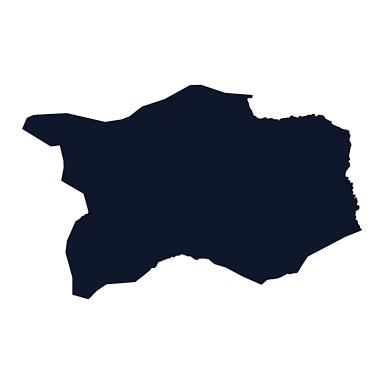 the district of Erdenebu'ren, Hovd, Mongolia
{"feature_id": "93677404B52597383126449", "entity_name": "Erdenebu'ren", "entity_type": "district", "adm_level": 2, "iso_a3": "MNG", "parent_name": "Mongolia", "parent_adm1": "Hovd", "projection": "natural_earth1", "projection_center": [91.409, 48.452], "detail": "fine", "context": "isolated", "style": "filled", "palette": "ink", "viewbox_px": 384, "rotation_deg": 0, "n_neighbors": 0, "source": "geoboundaries", "source_scale": "gbopen_adm2", "svg_char_len": 6018}
<svg xmlns="http://www.w3.org/2000/svg" viewBox="0 0 384 384"><path d="M33.5,115.8L27.5,118.4L23.0,128.6L51.0,145.7L60.4,144.5L64.2,160.8L64.4,167.7L62.0,180.3L84.2,193.2L89.4,212.3L88.9,212.8L88.4,213.8L87.8,214.3L87.0,214.7L85.9,214.8L85.5,214.9L85.2,215.4L85.0,216.1L84.7,216.2L84.4,216.3L83.8,216.3L83.4,216.4L83.1,216.6L82.4,217.0L81.9,217.1L81.8,217.4L81.2,218.2L81.0,218.8L80.7,219.1L80.2,219.2L80.2,219.5L79.6,219.8L78.6,220.2L78.3,220.4L78.1,220.7L77.7,221.0L76.2,221.6L67.7,240.9L66.2,252.4L73.1,277.4L73.1,294.1L88.3,298.4L96.7,290.0L106.2,283.6L135.1,281.3L136.6,279.9L143.9,274.4L148.9,270.2L149.8,269.4L150.1,269.0L150.3,268.4L150.8,267.9L151.8,267.2L152.1,267.1L152.7,267.2L154.2,267.2L154.6,267.1L155.0,266.8L155.4,266.0L156.1,265.5L156.7,263.5L157.5,262.4L158.0,261.5L158.8,260.9L159.8,261.0L161.1,260.6L161.7,260.1L162.2,259.6L162.5,259.6L163.2,259.6L163.7,259.6L164.7,258.8L165.1,258.7L165.5,258.7L166.0,258.6L166.7,258.3L167.6,257.7L168.2,257.7L169.2,257.8L169.8,257.5L170.2,257.3L170.8,256.3L171.4,255.9L172.1,255.9L173.2,256.5L173.6,256.6L174.5,256.1L175.4,255.4L176.8,254.9L177.9,254.8L178.7,254.9L179.2,254.8L179.6,254.5L179.9,254.1L180.9,253.9L181.9,253.3L182.5,253.3L183.1,253.7L183.5,254.1L184.1,254.1L186.8,255.2L187.8,255.6L188.4,255.6L190.0,255.5L190.5,255.6L191.3,256.0L195.3,258.9L196.3,259.2L196.7,259.2L197.6,259.0L198.5,258.5L199.3,257.7L199.7,257.6L200.3,257.6L200.7,257.9L201.4,258.0L202.0,257.9L202.6,257.7L203.6,257.6L204.6,257.8L205.9,258.2L207.3,258.2L208.3,258.0L208.9,258.5L209.9,259.4L214.7,263.4L226.1,266.8L242.5,275.6L261.3,283.9L262.8,282.7L263.6,282.1L264.1,281.6L265.3,280.5L266.5,279.6L267.2,279.2L268.1,278.9L269.8,278.7L270.7,278.5L273.4,278.4L274.1,278.3L277.6,277.6L281.2,276.3L282.0,275.7L282.6,275.4L284.9,274.3L286.8,273.0L287.3,272.9L289.0,273.3L290.2,273.4L291.9,273.0L293.7,272.5L294.5,272.4L296.7,272.3L297.3,271.7L298.2,270.4L299.5,268.0L303.8,261.2L307.4,255.9L345.9,235.7L352.8,233.1L361.0,229.7L360.7,229.4L360.1,228.9L359.7,228.5L359.5,227.9L359.3,227.0L359.1,226.2L358.7,225.6L357.4,224.1L357.1,223.4L357.1,221.7L356.2,220.7L355.2,220.0L354.8,219.4L354.8,218.5L355.4,217.4L355.4,216.7L354.8,215.6L354.5,214.5L354.7,213.8L355.1,213.0L354.8,211.3L354.8,210.8L355.3,210.4L356.3,210.0L357.2,209.6L358.0,209.0L358.7,208.1L358.9,207.3L358.7,206.8L358.4,206.5L358.3,206.0L357.9,205.8L356.5,206.4L356.0,206.3L355.9,205.4L356.0,204.6L356.8,202.1L356.8,200.5L356.0,199.3L356.1,198.4L355.8,198.2L355.6,198.2L355.0,199.0L354.7,199.2L353.9,199.2L353.6,198.9L353.4,198.6L353.3,198.1L353.3,197.5L353.4,197.2L353.7,197.0L354.3,196.8L354.6,196.4L354.7,195.8L354.7,195.4L354.3,195.2L353.8,195.2L353.2,195.2L352.5,195.2L352.1,194.8L351.8,194.3L351.9,193.8L352.3,193.0L352.6,192.2L352.5,191.6L351.2,190.8L350.8,190.3L350.9,189.8L351.6,189.5L352.3,188.7L352.6,187.8L352.6,187.3L351.7,186.7L351.5,186.3L351.5,185.8L352.1,184.5L352.3,183.8L352.0,183.4L351.1,183.3L350.1,183.5L349.0,184.0L347.9,184.1L347.2,183.9L346.8,183.5L346.9,183.2L348.1,183.2L348.7,182.8L349.4,182.0L349.5,181.4L349.2,180.9L348.6,180.6L346.8,181.1L346.5,181.0L346.1,180.5L346.1,179.9L347.5,179.0L347.8,178.4L347.7,177.8L347.1,177.5L346.1,177.5L345.3,177.4L344.9,176.9L344.6,176.5L344.7,175.9L344.9,174.9L344.7,174.0L345.2,172.5L345.2,171.1L345.8,170.8L346.0,170.5L346.0,169.8L346.1,169.4L347.4,168.7L347.5,168.1L347.7,167.5L348.4,167.0L349.0,166.6L349.3,165.0L349.3,163.9L348.8,163.0L347.8,161.8L347.6,160.8L348.0,160.4L348.9,159.9L349.3,159.4L349.3,158.9L348.9,157.9L348.4,157.5L348.4,156.1L348.5,153.9L349.1,152.0L349.3,150.8L349.4,149.4L349.9,148.2L349.9,147.8L349.6,147.1L349.8,146.6L350.2,146.2L350.5,145.8L350.6,145.4L350.8,145.1L350.4,144.5L350.3,143.5L350.2,143.1L348.8,141.3L348.7,140.8L348.6,140.5L348.8,139.9L349.0,139.6L349.0,139.2L348.8,138.9L348.5,138.6L348.3,138.2L348.4,137.9L349.1,137.4L349.5,137.0L349.6,136.3L349.4,135.9L349.6,135.2L349.5,134.8L349.1,134.5L348.8,134.3L348.6,134.0L348.5,132.9L348.6,132.5L348.7,132.1L348.9,131.9L348.6,131.4L348.3,131.1L347.8,131.0L347.4,131.2L346.9,131.1L346.6,130.5L345.9,130.2L345.5,130.2L344.6,130.3L344.1,130.2L343.7,130.0L342.6,129.7L342.0,129.4L341.3,129.4L340.9,129.1L340.4,128.7L339.3,127.9L338.7,127.6L338.1,127.4L336.9,127.0L336.4,126.9L335.9,126.7L335.2,126.1L334.9,126.1L333.6,126.3L333.4,126.1L333.3,125.9L333.3,125.6L333.1,125.4L332.7,125.1L332.1,124.7L331.5,124.4L331.1,123.9L330.9,123.6L330.8,123.1L331.0,122.7L330.9,122.2L330.7,121.7L330.1,121.5L329.3,121.6L328.8,121.4L327.7,120.4L326.9,120.3L326.2,119.9L326.0,119.7L325.6,119.7L324.5,118.5L323.4,116.4L322.9,116.1L322.5,116.1L322.1,115.9L321.6,116.1L321.1,116.0L320.6,115.8L319.8,115.4L319.0,115.6L316.5,117.0L315.5,117.3L314.5,116.6L314.4,115.9L314.4,115.1L314.0,114.7L313.3,114.6L312.8,114.7L312.0,115.3L311.4,115.6L309.1,115.6L308.3,115.5L307.8,115.6L307.5,115.9L307.2,116.5L306.7,116.8L305.9,116.5L304.1,117.0L303.6,117.0L302.7,117.4L301.8,117.2L300.9,116.9L300.4,116.9L300.1,116.7L299.6,116.7L299.3,117.2L299.0,118.0L298.8,118.3L297.7,118.5L297.3,118.4L296.6,118.1L295.9,117.7L295.4,117.6L294.3,117.8L293.9,117.7L293.5,117.2L293.1,116.9L291.8,116.3L291.2,116.4L290.8,117.1L290.0,117.6L289.0,118.5L288.2,118.6L287.7,118.5L287.4,118.3L286.7,118.6L285.8,118.6L284.1,118.9L281.5,119.2L280.4,119.7L280.1,120.6L280.1,121.3L279.3,121.4L278.7,121.4L278.1,120.9L277.8,120.2L277.5,120.0L276.3,120.1L275.5,120.0L274.2,120.0L272.6,119.3L271.9,118.9L271.1,118.8L270.2,118.9L267.7,119.4L266.9,119.3L265.5,118.0L265.0,117.9L264.3,118.2L263.2,119.0L259.6,119.4L258.7,119.2L257.2,118.5L255.7,117.2L255.0,116.6L253.6,116.3L253.1,115.9L251.1,110.6L250.5,110.0L250.0,109.4L248.5,106.0L248.3,104.3L247.9,102.9L247.0,100.8L246.6,100.2L246.5,99.9L246.6,99.4L246.7,99.0L247.0,98.0L247.3,97.6L247.8,97.2L248.7,97.1L249.1,97.2L250.1,97.4L251.1,97.5L251.5,97.4L251.9,96.4L251.8,95.7L224.9,93.6L201.1,85.6L190.3,85.8L164.9,99.8L142.2,107.3L129.9,117.0L121.9,120.1L105.2,122.7L66.8,113.9L51.0,114.7L47.0,114.9L40.6,115.3L37.5,115.4L33.5,115.8Z" fill="#0f172a" stroke="#020617" stroke-width="1.5"/></svg>